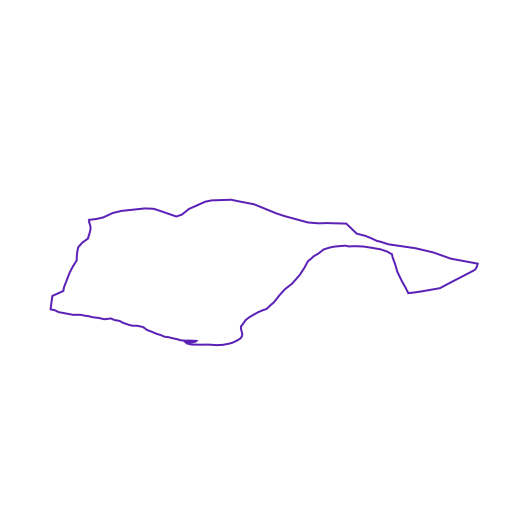 Qus, Qina, Egypt, rotated 255°
{"feature_id": "37247803B95427647060127", "entity_name": "Qus", "entity_type": "district", "adm_level": 2, "iso_a3": "EGY", "parent_name": "Egypt", "parent_adm1": "Qina", "projection": "equal_earth", "projection_center": [32.772, 25.856], "detail": "fine", "context": "isolated", "style": "outline", "palette": "violet", "viewbox_px": 512, "rotation_deg": 255, "n_neighbors": 0, "source": "geoboundaries", "source_scale": "gbopen_adm2", "svg_char_len": 2436}
<svg xmlns="http://www.w3.org/2000/svg" viewBox="0 0 512 512"><g transform="rotate(255 256 256)"><path d="M257.6,43.8L255.8,47.5L252.8,50.9L251.2,54.4L250.9,55.0L246.5,64.1L244.6,71.4L242.7,75.1L240.8,79.6L239.4,81.6L238.7,83.5L236.9,88.0L236.4,89.0L234.2,93.0L233.6,96.8L233.3,99.6L232.7,100.3L230.7,102.9L228.6,107.4L225.7,110.5L222.7,114.9L220.6,118.6L219.4,123.1L216.7,128.4L215.2,129.7L213.1,131.2L213.0,131.3L212.9,131.4L212.9,131.5L211.7,133.0L209.9,135.6L206.7,139.6L204.2,143.7L201.8,146.6L200.0,151.0L199.4,151.9L198.6,153.2L196.4,157.6L193.9,161.8L192.4,166.2L191.8,168.8L191.2,170.8L189.9,175.0L189.4,176.4L189.0,175.7L189.0,173.5L189.3,171.3L189.9,168.9L190.0,168.2L190.9,165.7L189.4,166.7L188.2,168.9L187.3,170.4L184.8,179.0L182.7,187.2L182.3,188.4L180.1,194.9L178.8,200.7L178.3,206.8L178.3,210.6L179.1,215.2L180.3,219.4L181.8,221.4L184.1,222.6L186.8,222.6L189.7,222.6L191.9,223.3L192.0,223.4L193.7,225.7L196.8,229.4L197.8,231.8L198.6,233.6L200.0,238.9L201.2,243.6L201.2,243.8L201.9,248.7L202.1,252.5L205.0,257.8L206.6,261.3L212.1,268.6L216.5,275.5L217.5,277.9L219.2,281.9L219.8,283.4L223.1,288.5L226.6,293.6L231.7,299.3L237.5,304.8L237.9,305.8L239.2,308.7L240.7,311.3L242.2,316.9L244.8,323.0L245.1,329.7L244.9,331.7L244.8,334.1L243.7,340.5L242.8,345.1L241.3,347.9L240.3,352.2L240.0,353.7L237.4,362.1L234.6,368.5L230.3,377.9L228.2,381.0L226.3,383.9L222.4,387.8L219.7,387.6L211.7,388.3L204.5,388.4L204.4,388.4L193.8,390.4L187.4,392.1L180.7,393.5L180.1,397.2L179.1,405.3L177.4,424.1L177.4,425.7L180.0,436.9L181.7,444.8L184.2,456.0L184.5,457.4L185.8,463.2L186.6,464.7L188.0,466.2L188.1,466.3L189.6,467.2L191.2,468.2L195.8,458.6L203.0,443.5L213.6,428.1L222.2,412.1L233.0,387.0L237.9,379.4L239.1,376.9L243.5,371.7L247.3,366.6L250.2,361.4L251.6,359.0L263.9,351.6L269.6,332.5L270.0,330.7L271.3,325.1L274.8,315.2L275.5,313.9L287.1,294.0L292.1,286.4L306.5,267.5L310.1,260.0L313.8,252.4L316.8,246.5L319.0,237.0L321.2,227.6L321.6,221.1L318.8,203.5L315.1,194.9L314.8,189.2L322.9,177.3L327.9,169.7L329.1,166.3L330.8,160.6L331.9,153.4L334.4,137.6L334.6,128.7L332.8,118.3L333.1,111.0L334.1,104.2L333.2,104.3L332.5,103.5L332.1,103.6L331.1,103.6L328.5,103.8L325.1,103.3L321.0,101.1L317.6,98.9L316.3,98.2L314.0,91.9L312.5,89.6L310.4,86.5L306.3,84.4L300.9,82.4L298.2,81.7L295.4,78.7L293.3,76.4L290.9,74.2L288.4,71.9L276.4,63.1L275.9,62.7L272.1,60.8L270.1,48.9L257.7,43.8L257.6,43.8Z" fill="none" stroke="#5b21b6" stroke-width="2"/></g></svg>